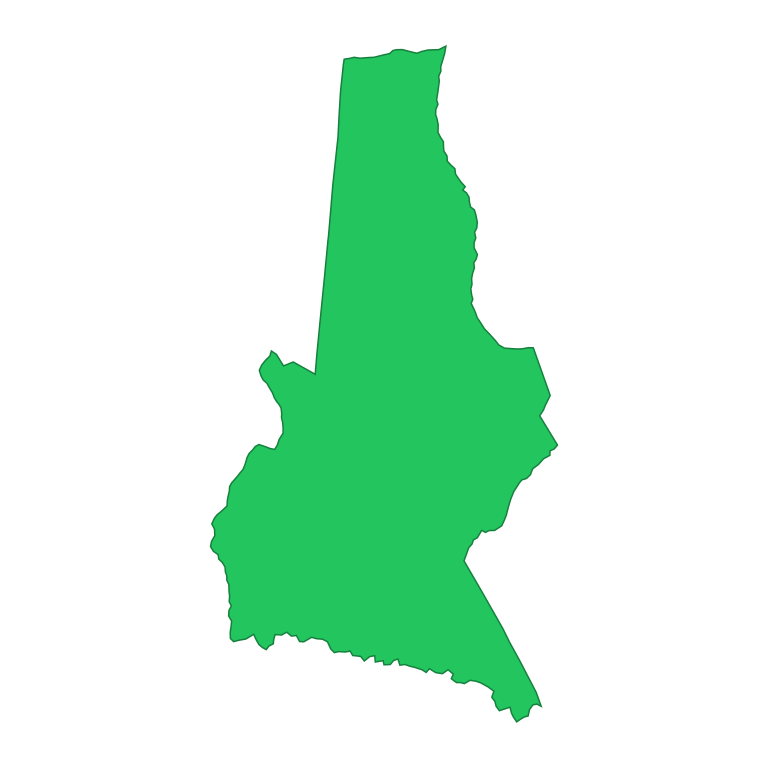 Cruzeiro do Oeste, Paraná, Brazil (Mercator projection)
{"feature_id": "56859067B81511721840887", "entity_name": "Cruzeiro do Oeste", "entity_type": "district", "adm_level": 2, "iso_a3": "BRA", "parent_name": "Brazil", "parent_adm1": "Paraná", "projection": "mercator", "projection_center": [-53.086, -23.735], "detail": "fine", "context": "isolated", "style": "filled", "palette": "green", "viewbox_px": 768, "rotation_deg": 0, "n_neighbors": 0, "source": "geoboundaries", "source_scale": "gbopen_adm2", "svg_char_len": 3486}
<svg xmlns="http://www.w3.org/2000/svg" viewBox="0 0 768 768"><path d="M549.9,455.3L550.0,450.9L554.3,448.9L557.5,445.1L539.7,415.8L543.5,409.9L545.3,405.4L550.2,395.5L533.3,347.8L528.1,347.7L522.3,348.8L517.0,349.0L510.9,348.6L504.4,348.1L498.7,344.9L495.5,340.7L489.9,334.5L484.5,328.9L480.0,321.8L477.2,317.7L475.6,313.0L473.7,308.6L471.2,303.4L472.8,299.4L471.6,294.6L470.8,288.8L472.0,284.5L471.6,278.7L472.7,273.0L474.4,268.0L473.8,262.8L476.3,258.8L477.4,254.5L474.1,247.8L474.1,242.6L475.8,238.0L474.6,232.2L476.8,227.9L477.3,222.4L476.0,215.4L474.4,209.9L470.5,206.9L469.4,201.8L469.0,197.1L466.4,192.8L462.8,190.1L465.2,186.7L461.1,182.2L458.2,178.1L455.5,174.0L454.9,168.7L450.7,164.9L447.3,161.1L447.0,155.9L443.9,151.1L443.5,146.7L443.4,141.7L440.5,137.3L438.0,132.4L438.2,124.7L436.9,118.4L435.6,114.5L435.8,109.5L438.0,104.2L436.6,100.0L437.8,92.4L438.7,85.8L439.3,81.0L438.7,76.3L440.9,71.1L440.7,66.7L442.8,59.9L444.7,53.2L445.9,46.1L438.9,49.6L433.8,49.8L428.0,50.0L421.6,51.5L417.0,53.2L412.3,52.2L402.5,49.6L396.6,49.7L393.0,50.5L389.6,53.6L384.9,54.6L378.4,56.2L374.0,57.3L369.3,57.5L360.0,58.2L354.1,57.3L349.5,58.4L344.2,59.2L343.4,64.3L340.8,88.9L340.4,93.6L339.1,115.3L338.0,137.1L333.5,178.6L332.9,184.0L330.1,217.5L328.5,236.0L327.9,241.0L326.3,258.3L325.5,266.1L324.9,273.0L320.1,320.9L318.7,335.4L316.8,354.9L315.2,374.3L293.2,362.0L283.5,365.9L276.4,354.4L271.4,351.0L269.8,356.1L265.6,360.2L261.8,364.9L259.3,370.3L261.1,376.0L263.2,380.0L266.8,383.1L269.7,388.3L272.5,392.9L274.3,397.7L276.6,401.5L279.2,404.7L281.1,408.2L281.7,413.4L281.5,417.5L282.7,422.8L283.1,427.8L283.1,433.1L279.1,439.5L277.3,445.2L274.7,449.4L270.4,448.6L264.8,446.5L258.9,444.5L255.3,446.5L252.7,449.8L249.1,453.5L247.0,457.7L245.2,464.1L242.9,469.6L240.3,472.6L236.1,477.9L231.7,482.8L229.6,486.6L229.3,491.3L228.2,495.9L227.4,499.9L227.0,506.0L222.0,510.7L216.8,515.1L214.4,518.3L211.8,523.9L214.5,529.1L214.8,535.7L211.6,541.3L210.5,546.5L213.4,551.3L218.1,554.6L218.8,559.2L222.2,562.3L225.0,566.9L225.4,571.9L226.8,575.9L226.8,580.1L228.9,584.7L229.0,591.0L229.6,595.9L229.2,601.8L231.4,605.8L229.0,610.4L228.6,615.9L231.6,621.0L231.1,626.5L230.2,632.4L230.4,638.5L233.6,641.6L238.7,640.3L245.9,639.0L253.7,634.3L256.2,639.8L258.9,644.5L262.4,647.5L266.2,649.6L269.0,646.0L273.3,643.8L273.7,639.7L275.1,634.6L281.6,635.0L286.7,632.2L291.5,636.1L296.4,635.5L299.6,641.5L303.8,641.8L311.6,637.3L316.5,638.7L322.5,639.2L327.5,641.8L330.7,648.9L334.3,652.6L338.7,651.6L345.2,652.0L350.2,651.1L352.7,655.5L360.7,656.4L364.3,661.0L369.7,656.6L374.7,655.7L375.3,662.0L383.1,660.7L384.0,664.8L390.3,664.5L393.5,660.6L397.9,659.0L399.9,665.2L404.9,664.5L410.2,666.3L414.5,667.3L422.1,669.8L426.2,672.4L429.4,668.7L435.7,672.6L442.4,673.7L448.1,669.7L453.3,674.2L451.3,678.7L456.5,682.6L460.6,682.6L464.3,683.6L470.2,680.3L475.9,681.2L480.6,682.8L488.2,687.0L493.9,691.3L491.8,697.2L494.9,701.4L496.1,706.2L499.4,710.7L510.0,707.2L511.6,713.3L513.4,717.0L516.7,721.9L520.7,719.1L524.4,716.9L528.1,716.0L529.5,709.6L533.0,704.8L536.9,704.1L541.2,706.3L536.2,692.4L520.0,661.2L509.4,641.9L503.0,628.9L487.5,601.6L480.9,590.0L464.0,560.9L466.2,554.8L468.8,547.6L472.0,544.1L473.4,539.9L477.3,537.8L481.7,530.4L485.5,532.4L488.9,530.6L494.7,530.4L501.7,525.8L504.2,520.5L506.3,515.1L508.4,506.9L510.6,499.5L513.8,491.5L517.1,486.5L519.4,482.8L521.9,479.9L526.5,478.5L530.5,474.6L532.6,468.9L538.6,464.3L543.5,458.8L549.9,455.3Z" fill="#22c55e" stroke="#15803d" stroke-width="1.5"/></svg>